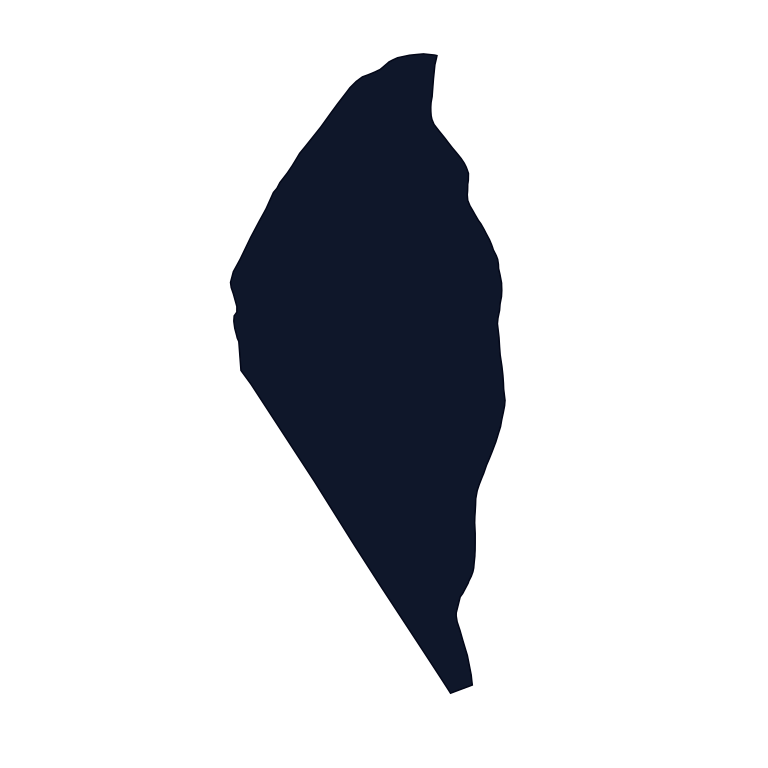 Hewanorra Orchard, Laborie, Saint Lucia (orthographic projection), rotated 168°
{"feature_id": "8701671B2397405829195", "entity_name": "Hewanorra Orchard", "entity_type": "district", "adm_level": 2, "iso_a3": "LCA", "parent_name": "Saint Lucia", "parent_adm1": "Laborie", "projection": "orthographic", "projection_center": [-60.973, 13.745], "detail": "fine", "context": "isolated", "style": "filled", "palette": "ink", "viewbox_px": 768, "rotation_deg": 168, "n_neighbors": 0, "source": "geoboundaries", "source_scale": "gbopen_adm2", "svg_char_len": 2420}
<svg xmlns="http://www.w3.org/2000/svg" viewBox="0 0 768 768"><g transform="rotate(168 384 384)"><path d="M263.9,694.2L266.0,695.2L276.8,698.7L283.4,699.5L290.7,700.3L302.9,700.3L306.1,699.6L308.3,699.1L311.1,698.3L312.2,698.0L313.9,697.0L322.5,692.4L325.2,691.8L327.5,691.2L331.6,690.4L335.6,689.7L341.3,688.9L348.3,685.7L349.2,685.1L355.6,681.0L360.2,677.0L370.9,667.9L379.1,660.6L392.4,648.5L400.3,642.0L404.3,638.7L408.2,635.5L411.6,632.7L418.5,627.2L423.2,622.1L428.5,616.5L434.6,610.6L443.9,602.7L446.1,600.0L448.1,597.6L452.3,594.4L462.7,580.2L466.6,575.6L471.9,569.5L478.6,561.5L483.8,555.3L489.6,547.8L498.8,535.9L501.8,532.4L508.0,525.2L513.0,515.3L513.4,510.2L513.0,506.9L512.6,503.5L511.8,490.4L512.1,489.0L513.0,484.9L516.4,481.8L517.8,476.9L518.0,475.0L518.4,469.5L518.0,461.4L518.0,459.6L517.6,457.7L517.2,455.7L521.1,427.0L514.1,411.4L472.4,303.4L446.3,232.0L428.4,184.7L401.3,115.0L390.1,86.0L384.4,71.0L383.2,67.7L378.0,68.5L360.2,71.2L359.8,75.7L359.2,81.2L358.9,101.1L359.6,109.4L360.2,116.7L360.9,127.1L361.1,128.9L361.9,136.2L361.6,142.1L360.9,145.2L358.6,149.9L353.8,159.8L352.2,161.3L350.7,162.6L343.1,171.7L341.9,173.7L338.6,177.8L336.1,181.8L334.5,185.4L333.8,187.7L333.1,190.0L330.9,196.8L330.4,198.9L329.5,202.2L327.8,209.8L325.9,218.7L324.4,227.8L324.2,229.2L322.7,235.4L321.4,240.0L319.6,246.6L318.1,252.7L316.2,257.4L315.0,260.3L313.1,263.6L311.5,266.3L307.4,272.5L305.1,275.8L300.6,283.3L296.5,289.1L292.4,295.2L286.6,304.2L283.7,309.4L282.8,311.1L278.9,318.0L276.2,324.7L273.1,331.6L270.5,337.8L269.6,340.9L269.0,342.8L268.9,344.2L268.0,354.1L267.0,359.9L265.9,367.7L265.0,376.7L264.3,388.4L263.2,396.5L261.8,405.8L260.9,415.2L260.5,419.5L260.1,420.7L258.8,424.8L255.6,432.1L253.8,438.2L250.9,445.1L249.3,451.1L248.3,456.8L248.0,458.2L247.8,467.1L247.9,473.1L247.2,477.2L246.9,482.3L247.5,486.2L249.2,492.6L249.4,494.8L249.8,497.8L250.8,503.1L253.0,510.7L253.9,514.1L255.9,520.5L257.7,524.5L259.8,530.9L261.1,535.1L262.9,540.5L263.9,546.2L263.2,551.8L262.1,555.4L261.1,559.6L260.6,561.9L260.0,563.4L259.1,565.9L257.6,572.4L258.1,576.5L258.5,579.1L259.6,583.3L261.7,588.6L265.0,595.1L268.1,600.9L271.4,607.7L272.3,609.7L273.6,612.4L275.7,616.5L277.8,620.6L281.1,627.5L282.1,632.8L282.1,636.6L281.5,640.8L280.7,644.9L279.7,648.6L279.3,649.9L277.2,655.0L274.9,662.9L272.1,672.4L267.8,685.8L266.7,688.1L265.1,691.5L263.9,694.2Z" fill="#0f172a" stroke="#020617" stroke-width="1.5"/></g></svg>